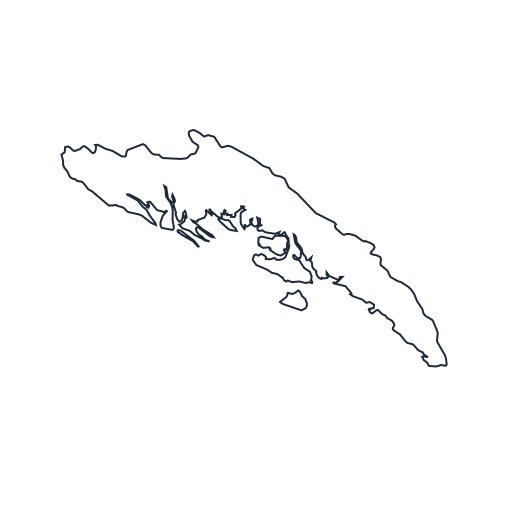 SVG path tracing the border of Rakhine, rotated 327°
{"feature_id": "MMR-3273", "entity_name": "Rakhine", "entity_type": "State", "adm_level": 1, "iso_a3": "MMR", "parent_name": "Myanmar", "parent_adm1": "", "projection": "robinson", "projection_center": [93.662, 19.414], "detail": "fine", "context": "isolated", "style": "outline", "palette": "slate", "viewbox_px": 512, "rotation_deg": 327, "n_neighbors": 0, "source": "natural_earth", "source_scale": "10m", "svg_char_len": 6136}
<svg xmlns="http://www.w3.org/2000/svg" viewBox="0 0 512 512"><g transform="rotate(327 256 256)"><path d="M175.7,81.2L177.4,81.1L179.3,79.7L180.9,77.9L181.7,76.3L181.6,75.4L183.9,76.5L188.0,83.8L193.0,89.9L197.5,99.1L200.4,101.3L201.4,101.1L204.3,98.1L206.2,97.2L222.1,100.6L223.4,102.9L224.4,112.6L225.1,114.2L225.8,115.4L229.7,118.2L230.4,121.4L231.5,123.3L245.3,133.3L250.3,136.0L252.6,136.2L256.4,135.3L261.0,136.9L266.7,133.6L267.7,131.9L265.0,125.6L265.4,118.8L266.4,116.4L268.1,115.1L271.9,116.1L273.1,117.3L275.6,121.8L277.5,127.5L281.8,128.6L285.9,133.3L285.9,144.8L286.7,146.4L292.5,148.3L294.8,150.8L306.7,172.8L311.0,184.3L315.1,189.6L314.8,195.6L315.8,198.6L320.1,203.0L322.1,206.6L320.8,216.3L324.5,226.0L329.5,252.6L339.9,270.5L340.3,273.1L338.9,273.4L338.2,274.6L338.1,276.8L340.3,284.7L341.3,286.2L343.8,286.8L346.5,288.5L350.5,293.3L353.5,301.0L354.8,302.9L355.8,302.9L359.4,308.1L360.7,311.2L360.0,313.5L357.6,314.7L354.9,315.1L353.6,316.3L354.4,318.0L358.0,321.7L359.6,324.6L359.1,326.9L356.6,329.6L355.6,331.6L358.3,339.9L357.3,346.6L361.0,354.0L363.4,356.9L366.9,364.6L367.8,368.5L368.0,373.9L366.5,381.4L366.6,391.2L365.2,395.1L365.2,396.6L365.7,399.0L368.9,405.3L369.0,406.9L367.3,416.8L366.2,420.0L361.9,425.3L361.2,427.0L360.4,442.1L359.5,445.5L356.7,451.0L355.2,451.3L351.8,448.2L346.9,446.8L341.2,442.3L341.4,438.3L340.0,434.6L340.5,431.0L341.9,431.5L345.1,434.4L343.1,429.9L343.4,427.8L340.7,423.4L339.9,417.1L339.2,415.1L335.6,411.4L334.8,408.6L334.1,400.4L331.1,393.6L330.9,392.2L331.4,390.9L334.0,389.6L334.8,388.6L334.7,384.2L332.3,379.5L332.0,376.2L330.2,373.7L329.0,367.9L327.7,367.1L322.3,367.5L321.0,365.5L321.4,362.2L322.1,361.9L323.0,363.1L324.3,362.6L326.2,363.8L328.5,361.1L326.3,356.5L323.0,355.3L321.4,350.4L315.4,342.5L314.2,339.6L315.4,340.0L315.7,339.1L314.6,330.1L306.3,321.3L306.3,320.6L306.9,320.6L308.4,321.9L311.5,321.9L317.1,320.6L314.9,319.3L312.8,320.9L311.5,320.3L306.6,312.7L306.3,308.2L305.0,310.3L305.1,312.8L303.8,313.2L300.4,311.6L299.5,310.1L298.3,310.8L297.1,309.1L296.6,306.3L296.9,303.5L298.3,301.7L297.3,298.4L297.3,295.9L299.4,291.6L298.9,289.6L301.7,287.3L297.8,287.9L296.4,287.3L296.3,286.6L297.1,284.0L296.6,279.5L298.3,274.5L297.7,266.6L299.7,262.2L300.0,260.0L299.4,258.5L296.4,265.5L296.0,268.3L296.7,276.1L293.4,280.5L291.7,281.7L289.5,280.4L288.7,276.1L287.7,275.6L286.5,277.4L286.8,279.5L290.2,283.6L289.8,286.3L290.0,292.6L292.6,298.7L291.7,303.0L289.8,305.6L288.7,306.2L289.3,308.2L288.1,309.2L286.2,306.9L282.8,305.6L278.5,301.0L271.9,297.5L269.3,293.9L267.3,293.8L266.3,291.5L266.6,289.3L264.2,282.9L260.2,278.8L258.0,273.6L251.4,263.8L251.1,258.2L251.7,256.8L254.9,254.4L256.8,254.6L258.1,256.9L261.7,257.2L263.3,260.1L263.8,262.4L262.5,263.8L266.1,266.5L270.5,267.7L270.9,270.0L273.6,272.1L277.1,273.2L280.2,272.9L288.1,267.1L289.8,265.1L289.8,263.0L290.9,262.5L292.8,258.8L292.6,253.9L293.1,252.0L292.6,251.4L289.5,252.0L287.6,251.5L286.8,250.5L287.2,249.5L288.7,248.7L284.1,247.8L276.8,241.2L275.4,238.1L272.3,236.7L271.6,235.3L272.2,233.5L273.7,232.6L277.3,233.0L276.8,231.4L279.6,227.1L277.9,224.5L276.0,229.7L274.1,231.3L271.6,231.0L270.8,230.3L269.8,227.6L270.6,224.7L272.5,223.7L273.3,222.6L270.8,222.3L268.5,226.5L264.8,226.5L263.7,225.5L263.7,223.2L262.0,226.6L260.9,227.1L260.9,220.9L261.3,219.7L265.8,212.6L267.4,211.4L272.2,211.5L271.1,209.3L271.5,208.4L272.8,208.2L272.3,207.4L270.5,206.2L269.6,208.2L261.7,208.8L260.8,210.9L259.1,211.6L256.3,209.5L257.9,208.2L254.0,206.0L255.1,204.9L253.9,204.2L253.5,203.1L253.9,202.0L255.1,201.7L254.6,200.3L252.7,201.6L251.8,203.6L250.0,201.7L248.9,204.6L248.0,204.9L246.1,203.6L245.3,202.4L242.9,194.1L242.7,191.8L242.1,191.8L241.9,197.3L241.0,197.7L239.3,190.5L238.7,190.5L237.0,194.0L233.6,195.7L226.8,194.1L225.7,195.1L223.3,193.6L221.7,191.2L221.8,193.1L224.0,197.7L225.7,204.3L230.6,214.8L230.8,217.3L229.1,215.8L227.7,213.3L223.3,200.8L222.0,199.6L220.1,200.8L219.5,203.7L219.8,206.9L221.4,210.4L222.2,214.7L225.0,218.6L221.4,214.9L220.4,212.2L216.0,204.9L214.2,199.0L209.5,192.8L208.6,187.9L210.1,188.3L214.6,187.9L215.6,187.4L217.7,184.0L218.3,185.9L218.9,185.9L221.1,180.0L221.1,179.4L218.5,180.2L215.0,184.2L212.6,185.9L210.3,185.5L210.0,182.4L211.2,177.4L212.6,175.8L214.5,168.6L215.7,166.9L217.8,166.0L218.7,163.9L219.4,159.1L217.9,160.5L217.1,164.3L216.0,165.7L214.7,165.4L213.7,161.2L213.8,159.1L218.2,149.4L217.2,147.3L216.1,151.3L213.0,157.1L213.2,165.1L212.4,169.2L210.7,172.9L205.8,180.0L202.7,187.3L201.2,188.5L200.1,188.6L192.2,181.0L192.7,178.1L194.5,175.5L199.8,171.5L206.4,169.6L202.3,168.8L201.2,166.9L198.4,164.2L197.9,163.0L196.8,153.0L195.8,152.1L194.0,151.9L194.3,154.1L193.4,156.1L192.0,156.8L191.1,155.2L192.8,154.6L190.5,152.7L189.3,146.5L188.0,143.7L183.3,135.4L181.0,133.6L187.0,145.0L187.7,152.5L189.4,157.8L188.9,163.7L189.5,173.6L188.9,175.5L186.0,170.8L182.4,160.3L180.7,157.6L173.1,149.9L172.2,148.4L171.4,144.0L170.4,142.1L167.4,138.9L166.0,136.5L163.9,135.9L160.0,133.4L153.8,112.7L151.7,108.7L150.9,100.1L150.5,99.0L147.1,95.9L146.1,93.0L144.1,91.1L143.0,88.1L143.9,81.9L143.3,78.1L143.8,74.6L146.1,71.0L148.1,65.0L152.1,64.8L155.3,60.7L157.9,61.7L159.0,63.3L160.1,68.1L161.7,69.4L167.1,70.5L169.8,69.8L171.9,70.4L173.5,74.2L174.7,80.0L175.7,81.2ZM291.5,255.9L291.6,259.2L291.1,261.0L288.9,262.4L287.0,265.3L284.7,267.1L283.5,265.7L282.5,266.3L282.7,268.7L282.0,269.1L277.5,269.3L275.1,267.2L273.2,263.9L271.1,258.7L271.2,257.8L272.1,257.8L272.2,257.2L271.5,255.7L266.5,253.1L264.2,248.7L265.4,248.2L264.8,246.7L268.0,242.3L271.0,242.6L279.0,250.7L282.1,249.6L284.0,249.9L290.3,254.4L291.5,255.9ZM272.8,314.7L273.9,319.0L272.9,323.4L271.7,325.3L270.0,326.5L268.5,326.8L264.5,326.3L252.3,310.8L251.1,307.6L258.8,306.9L260.7,306.1L262.5,304.2L266.0,307.8L269.6,308.2L272.5,307.8L273.1,308.5L273.3,310.8L272.8,314.7ZM252.9,218.6L253.9,221.5L253.4,224.5L248.9,220.4L247.5,218.3L244.7,207.8L244.4,204.7L246.0,204.9L247.7,206.1L250.0,209.3L252.4,211.0L252.9,212.4L252.9,218.6ZM206.6,193.5L212.3,209.3L213.1,216.7L212.6,216.7L211.2,209.2L204.9,197.0L204.4,194.9L203.6,194.0L203.8,192.2L204.7,191.9L206.6,193.5Z" fill="none" stroke="#1e293b" stroke-width="2"/></g></svg>